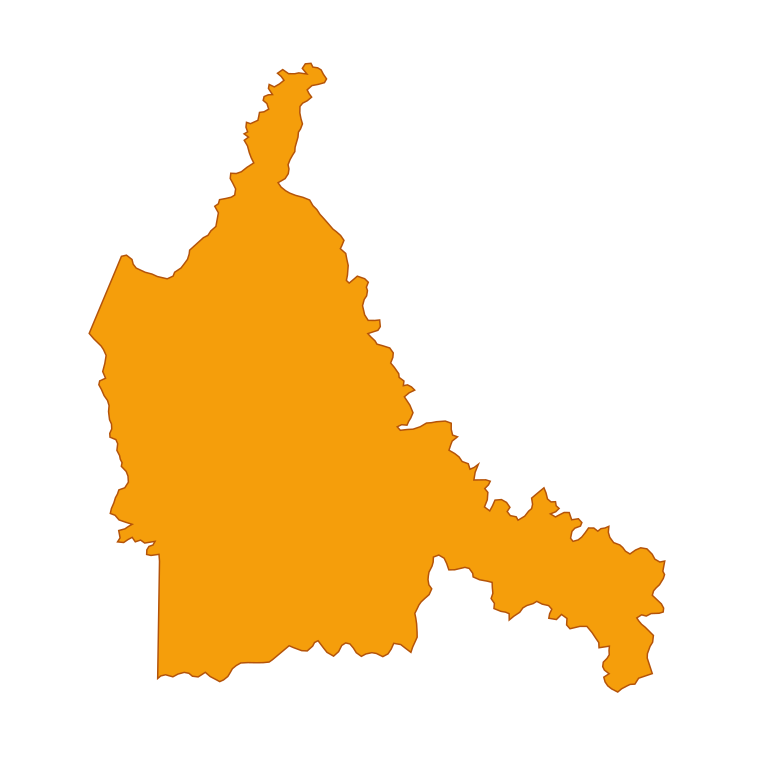 outline of Turvo, Paraná, Brazil, rotated 95°
{"feature_id": "56859067B5145153824108", "entity_name": "Turvo", "entity_type": "district", "adm_level": 2, "iso_a3": "BRA", "parent_name": "Brazil", "parent_adm1": "Paraná", "projection": "orthographic", "projection_center": [-51.495, -24.966], "detail": "fine", "context": "isolated", "style": "filled", "palette": "amber", "viewbox_px": 768, "rotation_deg": 95, "n_neighbors": 0, "source": "geoboundaries", "source_scale": "gbopen_adm2", "svg_char_len": 5836}
<svg xmlns="http://www.w3.org/2000/svg" viewBox="0 0 768 768"><g transform="rotate(95 384 384)"><path d="M230.2,452.4L225.0,457.8L220.6,462.6L216.1,466.1L212.5,470.4L207.2,474.1L205.1,481.0L203.8,488.5L202.0,494.7L200.0,498.9L196.8,503.7L192.7,507.1L188.0,500.4L182.9,497.7L178.0,497.4L173.9,498.7L168.5,497.1L163.7,494.9L160.3,493.1L155.9,493.2L145.5,491.2L140.6,491.2L137.2,489.4L132.0,487.9L126.8,489.9L121.2,491.5L114.8,491.9L111.3,489.5L108.5,485.1L104.5,481.1L101.2,484.0L97.7,486.2L93.0,481.8L91.3,475.8L89.0,469.6L85.1,467.8L80.7,471.4L76.6,474.0L74.8,477.6L74.5,482.5L70.9,484.7L71.9,490.3L76.7,492.9L81.9,487.8L81.5,496.0L82.7,500.0L83.2,506.1L79.6,512.3L83.7,517.2L86.6,513.2L90.2,510.1L94.2,514.3L97.6,519.2L95.6,524.5L99.6,524.9L105.4,520.3L106.0,524.5L108.1,528.5L112.0,529.1L114.8,525.1L120.2,522.8L123.3,527.3L124.3,531.7L128.4,532.1L132.3,532.6L136.3,539.7L135.3,543.8L140.2,543.9L144.7,541.8L147.0,545.2L149.9,540.5L153.4,544.5L158.8,540.7L165.4,538.3L170.2,536.0L175.1,533.0L180.1,539.4L185.0,544.6L187.2,549.5L187.4,555.0L192.7,555.1L197.0,552.2L202.6,548.8L208.8,549.2L211.2,552.4L212.9,557.5L214.7,563.9L218.9,564.7L221.7,568.1L227.9,563.9L236.5,564.7L241.7,565.2L246.5,569.8L251.2,572.3L254.0,576.7L267.6,589.3L271.5,589.4L276.9,590.6L281.7,593.5L286.1,596.3L290.9,602.3L294.9,603.5L298.1,609.1L296.7,619.1L294.7,624.7L293.5,631.7L290.1,641.0L286.5,644.3L281.9,645.9L278.1,651.8L279.7,656.7L293.3,661.0L359.3,682.1L364.4,676.9L370.8,669.1L374.2,666.4L379.8,663.3L387.9,663.9L396.1,665.3L402.5,661.9L405.7,667.5L409.6,668.0L414.1,665.0L420.0,661.8L424.5,658.0L429.5,656.0L435.5,656.0L443.5,654.3L447.6,652.0L452.5,651.3L457.1,652.9L460.9,652.3L462.8,646.2L466.7,644.1L473.4,644.3L478.3,641.2L482.0,640.1L485.2,638.1L488.9,638.5L493.6,633.2L498.1,631.0L504.1,630.1L510.0,633.2L512.6,638.9L516.8,639.9L520.6,641.6L525.8,642.7L531.8,644.7L536.8,645.4L538.2,640.5L542.5,636.1L544.3,629.0L545.7,622.6L548.2,626.2L550.9,629.5L553.1,635.5L560.3,633.5L564.5,635.7L564.6,629.5L561.3,625.5L558.7,621.5L562.9,618.0L560.7,612.9L563.3,608.5L560.7,598.4L564.5,600.1L566.3,604.0L569.9,605.8L574.5,605.6L575.1,601.2L573.3,593.3L580.0,592.2L697.1,583.8L694.3,581.0L692.7,576.3L694.1,568.8L690.9,563.9L688.7,557.9L689.2,553.1L691.8,549.4L692.0,543.6L689.4,540.2L686.8,536.9L690.6,531.6L693.2,525.4L694.8,521.7L692.8,518.1L689.0,514.1L685.2,512.2L680.8,510.2L677.3,506.6L674.4,502.4L673.4,495.3L672.8,486.7L672.1,480.0L671.0,474.2L668.5,471.2L653.0,455.7L654.4,451.5L656.8,442.8L656.6,437.2L651.3,432.2L647.6,430.7L645.5,427.3L652.4,421.1L656.3,417.4L659.5,410.5L654.6,405.9L648.1,403.3L645.3,399.6L645.9,395.3L649.7,391.5L654.1,388.2L657.3,382.8L654.5,378.5L652.7,372.7L653.1,368.1L655.7,361.4L652.5,356.5L647.4,353.7L641.5,351.7L642.1,344.6L645.1,340.0L649.0,333.8L643.5,332.5L637.9,330.5L633.3,328.9L628.5,329.4L624.3,330.0L620.1,330.6L614.6,331.9L609.8,333.3L605.3,331.5L601.0,329.9L597.8,328.0L594.2,324.8L589.9,320.7L583.9,318.6L580.1,321.8L575.1,323.1L571.3,323.1L567.5,322.8L561.3,320.3L557.1,319.5L552.1,319.7L549.6,314.5L552.3,308.9L557.4,305.9L563.5,303.2L562.9,297.4L559.6,287.4L560.3,283.0L564.9,279.1L568.4,278.4L570.7,271.7L571.4,264.1L572.2,259.0L577.6,258.3L583.0,257.3L588.4,258.6L592.9,254.9L598.1,254.9L600.3,247.7L600.7,243.0L601.9,239.3L608.2,238.7L603.9,234.3L599.6,228.9L594.9,226.1L592.2,222.3L589.7,216.2L587.2,212.9L589.5,207.2L590.4,200.7L593.7,197.2L598.5,199.0L603.0,199.4L603.6,191.7L598.1,187.1L601.6,181.3L608.1,181.1L611.6,177.4L608.4,167.8L607.8,160.7L613.6,155.0L618.4,151.2L622.9,147.5L628.0,146.8L625.5,136.6L629.9,136.6L634.1,136.0L637.9,137.9L642.0,141.3L646.5,141.5L649.8,139.5L653.0,134.5L656.9,139.5L661.5,137.8L665.2,134.8L667.9,130.7L670.5,124.3L666.9,120.7L663.9,116.1L661.8,112.6L661.1,107.9L654.9,104.7L649.1,91.5L634.1,97.9L629.7,98.1L622.2,96.1L617.8,93.9L611.0,93.7L603.6,102.5L600.9,106.5L598.0,109.4L595.0,111.8L591.5,107.3L592.3,102.5L589.4,97.9L588.4,89.9L586.8,86.0L582.9,85.9L578.9,88.5L571.1,98.3L566.5,97.4L563.2,95.0L560.0,92.1L553.4,88.8L549.4,87.9L546.2,89.9L541.0,89.4L535.9,88.9L537.3,93.7L534.9,98.9L530.2,102.0L525.3,107.7L524.8,114.0L527.5,119.0L531.9,124.2L529.5,128.9L526.1,131.9L523.8,135.0L522.0,141.4L517.1,145.7L512.2,147.6L506.2,147.6L508.2,151.3L509.2,155.3L512.0,158.2L509.2,162.4L509.6,167.7L514.6,170.6L519.3,173.7L522.4,177.0L524.3,182.0L521.4,184.7L514.4,183.9L511.0,181.3L508.4,175.9L504.8,174.8L501.3,178.6L502.9,185.2L495.9,188.3L496.3,193.4L499.0,197.8L501.5,201.6L498.9,206.9L496.3,201.8L492.7,198.7L490.3,201.9L486.3,202.9L486.9,207.3L484.3,211.1L478.4,213.1L473.5,215.6L476.6,218.8L484.8,227.0L490.9,225.5L495.3,226.1L498.0,228.8L503.4,232.3L508.0,238.6L504.8,240.7L504.1,246.7L500.3,250.2L495.9,247.8L491.3,251.6L488.9,256.9L490.0,263.3L495.9,265.3L501.2,267.6L497.7,273.2L490.3,271.0L482.9,271.1L479.4,274.5L475.3,271.1L471.6,269.7L470.6,274.2L471.8,286.1L464.0,285.5L455.7,283.0L459.2,286.8L461.4,290.9L456.1,293.1L454.4,299.4L450.1,302.9L447.1,307.5L444.3,313.5L438.7,312.2L434.9,311.1L430.2,306.2L428.9,311.2L423.3,313.1L417.2,313.6L415.6,319.7L417.0,328.4L418.4,333.4L419.2,338.3L423.4,344.1L426.5,351.2L427.3,356.9L428.7,363.7L425.5,367.1L423.0,362.9L423.0,357.5L419.2,356.2L415.6,354.4L410.1,352.6L402.8,356.4L395.0,362.6L390.6,358.2L387.4,352.9L384.5,356.4L382.8,360.5L384.0,364.6L379.3,364.4L376.1,369.5L372.5,370.2L366.5,375.2L362.5,379.2L356.7,377.5L352.2,377.5L347.6,381.4L346.0,388.6L344.9,394.5L341.8,396.7L337.9,401.6L335.2,404.5L331.0,394.7L327.2,392.7L320.6,393.9L321.5,398.7L322.0,405.3L316.8,409.3L307.9,412.2L301.5,411.1L297.7,409.0L292.5,408.6L289.1,410.0L284.0,408.5L280.8,412.4L278.9,420.0L282.3,423.3L286.5,427.5L284.1,430.5L278.7,429.9L269.0,430.0L263.0,431.9L257.3,433.5L253.0,439.3L249.6,438.0L244.4,436.4L239.8,440.2L236.4,444.8L234.1,448.4L230.2,452.4Z" fill="#f59e0b" stroke="#b45309" stroke-width="1.5"/></g></svg>